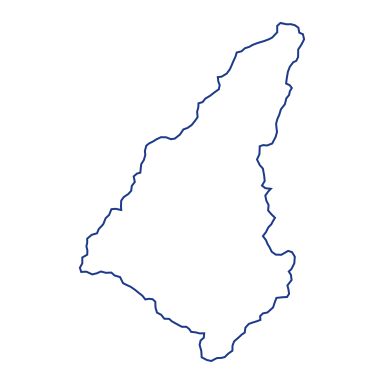 the district of Igaratá, São Paulo, Brazil
{"feature_id": "56859067B80175749845974", "entity_name": "Igaratá", "entity_type": "district", "adm_level": 2, "iso_a3": "BRA", "parent_name": "Brazil", "parent_adm1": "São Paulo", "projection": "mercator", "projection_center": [-46.144, -23.122], "detail": "fine", "context": "isolated", "style": "outline", "palette": "blue", "viewbox_px": 384, "rotation_deg": 0, "n_neighbors": 0, "source": "geoboundaries", "source_scale": "gbopen_adm2", "svg_char_len": 2620}
<svg xmlns="http://www.w3.org/2000/svg" viewBox="0 0 384 384"><path d="M286.6,24.3L280.4,23.0L277.2,25.9L277.2,32.3L274.8,34.8L272.4,37.4L269.3,39.1L264.0,41.1L257.6,43.0L252.6,44.9L249.4,46.8L245.0,48.2L241.5,51.3L236.7,52.5L235.5,56.6L233.1,61.8L231.4,65.9L229.9,69.2L226.7,73.6L221.5,76.7L217.8,77.1L218.3,81.4L219.7,85.1L218.8,89.3L215.1,91.9L209.9,95.9L205.3,98.6L202.6,102.1L198.5,103.3L198.3,107.3L197.1,111.8L197.6,117.2L195.1,120.7L191.7,125.0L187.4,128.0L183.4,129.4L180.0,134.5L174.8,138.6L170.9,139.2L166.2,137.3L161.0,137.2L156.3,139.4L153.0,141.5L149.1,143.4L146.3,145.7L144.9,151.0L145.3,154.9L143.9,159.9L141.2,164.3L140.7,169.0L140.3,172.7L137.1,173.5L133.7,176.4L134.8,182.0L131.8,185.9L131.2,190.8L128.3,194.0L123.7,197.1L121.2,200.7L121.0,206.1L121.2,210.0L115.7,208.8L111.4,209.2L109.1,215.0L105.7,218.1L103.2,224.3L98.8,229.0L97.0,233.3L91.8,234.8L87.2,238.6L87.2,242.8L86.4,246.3L87.4,250.5L87.2,254.7L82.3,257.5L82.3,263.3L79.9,267.8L81.2,271.9L86.4,271.7L92.3,274.4L96.8,273.3L100.9,271.5L105.9,272.8L111.4,272.6L114.6,275.5L120.1,277.1L123.0,283.1L127.1,285.2L130.7,286.8L135.1,289.9L139.4,293.4L142.3,295.6L145.3,299.4L148.9,298.8L152.6,299.2L155.3,301.7L155.5,307.6L157.0,312.6L161.2,314.8L164.3,318.7L169.2,318.9L171.7,321.2L176.1,323.7L181.9,326.8L186.4,326.8L189.2,329.0L191.2,331.9L195.4,332.3L199.7,333.4L204.2,333.3L203.8,337.7L200.6,340.5L199.6,344.9L201.3,351.0L201.7,357.3L206.9,360.0L211.2,361.0L216.9,358.1L221.3,357.9L224.7,357.1L228.3,353.6L232.4,350.7L232.5,345.7L234.1,341.4L238.4,337.7L241.7,334.6L244.7,332.6L245.4,327.7L248.8,323.9L253.1,322.4L257.0,321.2L260.4,319.9L260.1,316.2L262.9,313.4L267.4,312.5L273.1,307.4L275.0,301.6L276.5,297.9L281.8,297.3L287.0,297.0L289.1,293.8L288.4,289.2L287.4,285.5L289.5,282.7L291.6,280.0L290.9,274.8L288.8,271.5L291.4,269.1L294.3,263.3L294.8,256.7L292.0,252.1L288.1,250.9L281.3,254.8L275.7,254.6L271.7,251.7L269.5,247.2L267.4,243.7L266.0,240.2L262.9,236.1L266.0,232.1L268.3,227.4L271.3,224.3L272.9,221.2L275.0,217.8L271.1,214.0L268.1,210.4L268.6,205.1L266.3,200.5L265.3,195.6L268.3,191.4L270.8,188.8L265.4,188.2L262.0,185.6L264.7,181.0L264.2,176.0L262.9,168.6L259.9,165.3L257.0,159.5L259.4,154.3L259.6,150.4L259.7,146.3L263.1,145.1L267.0,145.5L272.2,143.5L275.6,137.0L277.0,132.0L276.5,127.9L276.1,123.8L277.3,119.2L279.3,114.7L280.9,109.3L284.9,104.2L286.3,98.4L289.1,95.0L289.8,91.4L291.8,88.0L289.7,85.2L286.1,83.5L286.8,78.1L287.9,71.8L289.8,66.8L293.2,62.3L296.3,60.8L298.1,57.0L298.2,49.5L301.6,44.3L304.1,39.3L302.9,34.2L299.3,32.7L298.4,27.7L295.0,25.3L291.1,24.2L286.6,24.3Z" fill="none" stroke="#1e3a8a" stroke-width="2"/></svg>